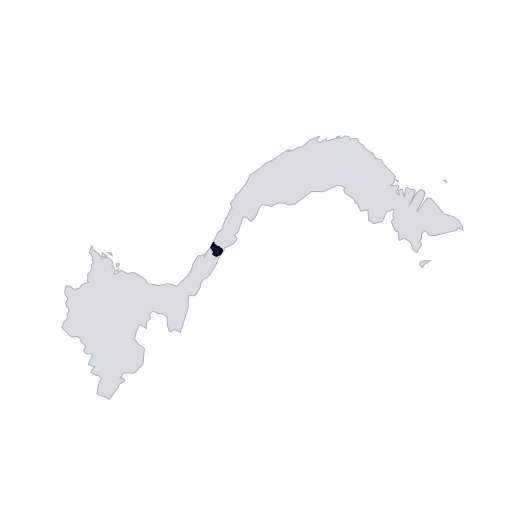 Quang Ninh, Quảng Bình, Vietnam shown in context, rotated 254°
{"feature_id": "81297802B18152468964479", "entity_name": "Quang Ninh", "entity_type": "district", "adm_level": 2, "iso_a3": "VNM", "parent_name": "Vietnam", "parent_adm1": "Quảng Bình", "projection": "albers", "projection_center": [106.503, 17.253], "detail": "fine", "context": "in_parent", "style": "filled", "palette": "ink", "viewbox_px": 512, "rotation_deg": 254, "n_neighbors": 0, "source": "geoboundaries", "source_scale": "gbopen_adm2", "svg_char_len": 6302}
<svg xmlns="http://www.w3.org/2000/svg" viewBox="0 0 512 512"><g transform="rotate(254 256 256)"><path d="M311.1,100.9L306.8,101.2L302.3,104.8L296.4,107.2L294.9,113.6L290.0,116.6L287.6,115.2L282.6,116.6L277.3,115.2L279.2,122.6L273.8,128.5L274.4,132.2L273.0,135.1L263.7,143.4L260.9,143.6L258.9,144.9L254.4,154.8L253.7,163.0L251.7,167.6L249.7,169.6L249.2,172.2L256.2,185.2L260.9,190.4L265.6,193.1L272.5,200.8L271.4,202.9L271.9,207.2L268.7,205.9L269.0,206.4L273.0,208.8L278.8,217.1L289.1,225.8L290.8,230.2L300.7,237.3L300.5,238.3L307.6,244.0L308.4,246.3L313.7,246.0L318.6,252.7L320.2,252.7L320.7,255.5L328.7,266.8L335.3,272.5L338.7,283.0L342.7,291.0L342.8,295.5L349.0,315.0L348.6,317.5L347.5,315.0L347.7,322.4L348.7,326.3L348.4,331.1L352.7,340.1L353.4,350.1L350.3,345.9L347.2,348.9L349.6,356.0L346.9,355.3L347.3,364.9L348.5,368.2L348.2,369.5L346.9,367.0L345.8,371.5L347.0,374.6L345.2,378.1L342.6,378.4L341.3,385.5L336.7,386.2L333.4,389.5L329.3,390.7L321.6,397.0L316.7,398.1L314.2,403.0L309.8,403.6L293.7,412.1L291.8,410.1L288.8,409.3L286.6,404.8L284.9,412.1L283.7,412.6L281.2,411.2L278.8,408.3L275.4,410.3L279.2,410.9L280.2,412.8L279.7,415.0L271.5,414.9L278.9,417.9L280.4,420.0L276.9,423.5L276.9,426.0L275.2,427.1L271.1,424.9L262.4,417.1L272.7,428.2L274.5,433.2L272.1,435.5L269.1,435.6L264.2,432.3L256.5,424.3L253.9,423.2L263.0,434.5L264.3,437.1L263.2,440.0L244.6,448.4L239.5,456.5L233.6,461.2L227.4,462.4L224.0,462.0L227.6,457.9L225.4,456.3L226.3,434.0L228.0,428.2L233.3,425.9L233.4,424.6L231.5,421.2L227.2,419.9L225.3,417.4L221.4,418.3L214.9,411.5L218.7,408.6L226.7,408.2L232.2,403.5L231.5,398.4L232.2,397.7L239.6,399.6L242.2,396.6L251.9,395.6L254.6,399.1L256.9,398.6L261.4,401.0L263.2,401.1L262.3,397.5L263.1,394.3L254.7,387.1L254.6,377.6L256.7,377.1L258.9,374.2L269.7,376.2L270.1,368.9L278.0,368.0L279.8,366.0L284.4,365.3L292.1,358.9L295.3,358.5L297.1,360.1L300.2,357.2L301.5,352.3L299.2,338.6L302.7,327.1L295.2,307.9L296.0,301.1L298.3,298.8L300.6,293.2L300.3,287.0L299.1,284.0L301.1,281.8L303.7,276.2L301.3,272.4L293.6,266.1L290.5,260.9L296.6,256.7L296.7,254.2L284.1,245.5L281.9,240.9L278.9,242.7L276.7,241.6L273.7,237.2L272.6,228.7L270.5,227.3L266.3,221.3L259.3,215.7L250.9,206.6L249.2,203.9L248.2,199.7L244.7,194.9L241.4,193.9L235.6,187.8L234.9,185.3L236.5,180.9L232.5,178.7L225.1,176.6L203.4,162.2L208.0,157.3L206.7,152.7L207.2,151.9L213.3,151.7L221.9,153.7L226.1,149.9L228.0,145.7L231.0,142.5L231.1,140.7L228.9,137.4L225.0,137.3L223.0,132.5L216.4,130.5L220.7,127.4L222.1,124.9L216.0,119.9L209.5,116.3L203.7,118.6L199.3,122.6L197.2,123.1L183.3,117.5L176.9,106.9L179.6,98.4L179.7,95.3L177.0,93.7L176.2,91.7L174.1,95.3L172.1,95.3L170.2,88.9L167.7,87.3L158.6,75.3L161.5,73.0L166.1,66.3L167.8,65.2L177.0,69.9L180.9,73.9L185.0,71.3L185.0,69.9L190.0,65.1L194.3,70.2L197.7,64.8L205.9,71.7L207.2,70.4L208.9,65.8L211.3,64.5L213.1,64.3L215.3,67.0L217.2,67.3L221.2,64.5L225.4,64.0L228.2,61.6L229.1,56.3L230.1,55.3L240.8,49.6L245.0,52.7L247.8,57.2L251.5,58.4L255.4,61.4L258.5,61.0L259.5,60.0L263.4,60.1L266.8,63.3L273.6,61.9L279.8,65.5L277.7,69.4L274.7,71.2L273.8,73.2L273.9,77.7L276.5,80.5L276.8,87.8L278.5,87.2L284.8,89.3L287.2,93.0L290.2,95.1L292.7,95.3L294.8,98.1L296.9,97.2L297.9,98.4L302.4,97.9L305.4,96.8L311.1,100.9ZM204.8,411.9L205.1,416.6L203.4,422.0L201.6,416.0L198.8,412.4L202.7,410.9L204.8,411.9ZM301.4,109.1L297.7,112.6L296.2,112.5L298.1,107.6L301.4,109.1ZM286.5,122.3L285.4,122.4L283.3,120.1L284.4,118.9L286.8,119.8L287.3,120.8L286.5,122.3ZM299.3,117.2L297.9,117.9L296.1,117.9L300.1,114.2L299.3,117.2ZM280.3,117.2L281.8,120.9L279.6,119.0L280.3,117.2ZM291.8,410.8L288.7,413.8L288.6,412.4L291.8,410.8ZM276.8,459.3L274.4,459.4L276.9,457.5L276.8,459.3Z" fill="#d9dde1" stroke="#a8b0b8" stroke-width="1"/><path d="M267.2,219.1L267.3,219.2L267.3,219.3L267.4,219.6L267.4,219.8L267.3,220.0L267.4,220.3L267.5,220.3L267.6,220.5L267.4,220.6L267.5,220.7L267.8,220.7L268.0,220.8L268.1,221.0L267.9,221.1L267.8,221.3L267.7,221.2L267.5,221.3L267.3,221.2L267.4,221.3L267.3,221.5L267.6,221.6L267.8,221.8L267.7,221.9L267.7,222.0L267.8,222.0L267.9,222.3L268.0,222.4L268.1,222.5L268.3,222.7L268.4,222.8L268.5,222.8L268.6,223.0L268.4,223.2L268.5,223.2L268.6,223.3L268.6,223.6L268.9,223.7L269.0,223.9L269.1,224.0L269.2,224.3L269.3,224.4L269.5,224.5L269.8,224.7L270.0,224.9L270.1,225.0L270.3,225.2L270.4,225.3L270.5,225.3L270.8,225.4L270.9,225.2L271.0,225.2L271.3,225.2L271.5,225.2L271.9,224.9L272.0,224.9L272.3,224.8L272.4,224.6L272.4,224.4L272.5,224.2L272.4,224.1L272.6,224.0L272.8,224.0L273.1,224.1L273.3,223.9L273.3,223.7L273.4,223.4L273.5,223.4L273.8,223.2L274.0,223.2L274.3,223.0L274.5,223.0L274.8,223.1L275.0,223.0L275.0,222.9L275.0,222.7L275.1,222.3L275.3,222.3L275.3,222.2L275.3,221.9L275.2,221.6L275.3,221.6L275.6,221.6L275.6,221.3L275.6,221.2L275.6,220.9L275.5,220.7L275.9,220.5L276.2,220.3L276.4,220.6L276.5,220.5L276.6,220.4L276.8,220.3L277.0,220.3L277.0,220.5L277.2,220.4L277.3,220.1L277.5,220.0L277.4,219.9L277.5,219.9L277.5,220.0L277.7,219.9L277.7,219.7L277.8,219.6L278.0,219.5L278.2,219.4L278.3,219.1L278.3,218.9L278.5,218.8L278.4,218.7L278.5,218.7L278.7,218.4L278.9,218.1L279.3,218.3L279.4,218.6L279.7,218.9L279.8,219.0L280.1,219.2L280.3,219.1L280.4,218.9L280.5,218.9L280.5,218.7L279.2,217.4L278.9,217.1L278.0,216.3L277.5,215.7L277.4,215.7L277.4,215.8L277.2,215.8L277.1,215.6L276.7,215.7L276.4,215.6L276.2,215.3L276.2,215.1L275.9,215.1L275.8,215.3L275.7,215.4L275.5,215.5L275.4,215.4L275.1,215.5L274.9,215.7L275.0,215.8L274.9,215.8L274.7,216.0L274.4,216.0L274.3,215.9L274.2,215.9L274.2,216.0L273.9,215.9L274.0,216.1L273.9,216.3L273.7,216.4L273.7,216.5L273.4,216.6L273.3,216.8L273.2,216.8L273.1,217.0L272.9,217.1L272.7,217.0L272.6,216.9L272.4,216.7L272.1,216.6L271.9,216.7L271.7,216.6L271.4,216.5L271.3,216.4L271.2,216.3L270.9,216.4L270.7,216.5L270.6,216.4L270.5,216.2L270.4,216.1L270.4,215.9L270.4,215.7L270.1,215.4L269.9,215.2L269.5,215.3L269.4,215.3L269.2,215.5L268.9,215.7L268.9,215.8L268.9,216.1L269.0,216.2L268.9,216.3L268.9,216.5L268.7,216.6L268.4,216.7L268.3,216.4L268.2,216.4L268.1,216.5L268.1,216.8L267.9,216.9L267.8,217.0L267.7,217.0L267.6,217.3L267.6,217.5L267.4,217.6L267.2,217.6L266.9,217.6L266.9,217.8L266.8,218.0L266.9,218.4L267.0,218.3L267.1,218.5L267.3,218.6L267.4,218.8L267.5,218.8L267.5,219.0L267.4,219.0L267.2,219.1Z" fill="#0f172a" stroke="#020617" stroke-width="1.5"/></g></svg>